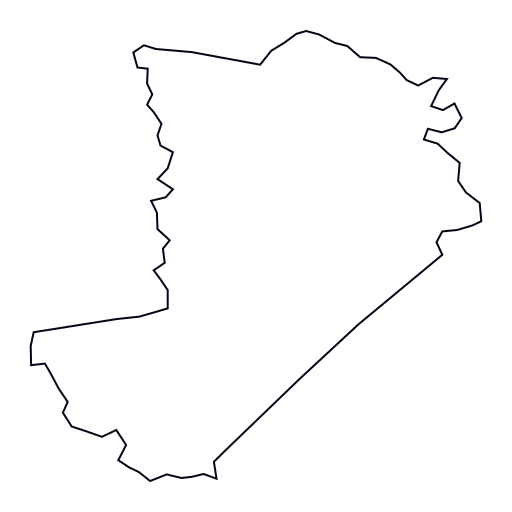 the district of Arroio Trinta, Santa Catarina, Brazil
{"feature_id": "56859067B75493701327635", "entity_name": "Arroio Trinta", "entity_type": "district", "adm_level": 2, "iso_a3": "BRA", "parent_name": "Brazil", "parent_adm1": "Santa Catarina", "projection": "robinson", "projection_center": [-51.339, -26.925], "detail": "fine", "context": "isolated", "style": "outline", "palette": "ink", "viewbox_px": 512, "rotation_deg": 0, "n_neighbors": 0, "source": "geoboundaries", "source_scale": "gbopen_adm2", "svg_char_len": 1219}
<svg xmlns="http://www.w3.org/2000/svg" viewBox="0 0 512 512"><path d="M432.9,77.8L418.1,85.5L406.7,80.1L399.7,72.4L390.5,64.5L375.9,57.9L360.1,57.2L347.3,46.0L334.9,42.9L319.1,34.5L306.1,31.0L296.5,33.8L284.1,42.9L271.3,50.7L260.1,64.7L191.7,52.1L155.9,49.0L143.9,45.3L133.3,52.5L137.5,67.5L147.7,68.7L147.1,83.6L152.3,94.4L147.1,104.7L153.9,112.4L161.5,123.9L157.5,135.3L160.5,145.6L172.9,152.2L167.7,168.3L157.5,179.1L172.9,189.3L165.7,197.3L151.1,200.8L156.9,212.7L157.5,229.1L169.7,240.3L162.9,248.7L164.7,262.8L153.7,270.3L160.5,279.4L167.7,290.1L167.7,308.4L139.5,316.6L116.3,319.1L33.7,332.2L30.7,346.0L31.1,365.2L44.9,363.6L50.5,373.2L58.7,388.6L67.7,401.9L62.9,412.7L71.7,426.5L84.5,430.7L101.9,436.8L116.3,430.0L126.1,445.0L118.3,460.2L129.1,467.4L138.9,472.1L150.1,481.0L166.7,474.4L181.5,478.0L191.9,476.8L203.7,474.0L216.5,478.7L213.9,461.8L224.7,451.1L299.5,379.0L358.5,324.3L442.3,254.8L436.5,242.2L442.3,231.4L457.1,230.0L472.5,225.4L481.3,221.2L479.7,203.1L465.9,192.4L458.1,180.9L459.7,162.9L447.5,152.9L437.7,143.7L423.9,139.5L427.9,128.8L441.7,132.3L454.7,128.3L461.7,118.0L454.5,103.5L442.9,110.1L431.1,106.1L438.7,90.4L446.9,79.0L432.9,77.8Z" fill="none" stroke="#020617" stroke-width="2"/></svg>